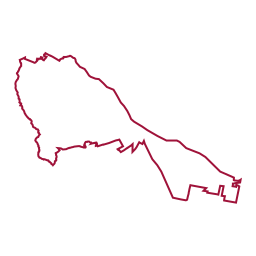 Bolotesti, Vrancea, Romania
{"feature_id": "2599482B57292828347042", "entity_name": "Bolotesti", "entity_type": "district", "adm_level": 2, "iso_a3": "ROU", "parent_name": "Romania", "parent_adm1": "Vrancea", "projection": "equal_earth", "projection_center": [27.03, 45.838], "detail": "fine", "context": "isolated", "style": "outline", "palette": "rose", "viewbox_px": 256, "rotation_deg": 0, "n_neighbors": 0, "source": "geoboundaries", "source_scale": "gbopen_adm2", "svg_char_len": 5412}
<svg xmlns="http://www.w3.org/2000/svg" viewBox="0 0 256 256"><path d="M236.0,202.6L239.3,186.4L238.5,185.9L237.5,185.3L236.3,184.9L236.1,186.8L235.8,186.7L232.6,186.2L233.0,184.1L232.9,183.9L232.9,183.6L233.0,183.6L233.3,183.7L235.4,183.1L237.4,182.9L240.1,182.5L240.6,179.7L239.5,180.4L238.1,180.8L236.6,180.7L236.2,180.6L234.8,180.5L234.1,180.3L233.8,180.1L233.9,177.6L220.2,171.6L205.4,157.0L199.5,153.3L193.3,150.9L186.2,148.1L179.6,141.9L176.8,140.5L166.4,140.5L157.5,136.0L147.3,130.1L142.1,126.5L134.1,121.7L131.1,119.1L129.5,115.3L127.3,111.0L124.0,106.0L120.8,102.5L117.8,97.0L115.4,92.8L113.5,89.7L106.9,87.0L103.4,83.3L98.9,79.1L95.5,78.7L90.7,76.8L89.0,75.5L86.9,72.2L84.6,69.0L79.9,66.8L78.4,65.0L76.4,62.8L75.7,61.3L75.5,59.6L75.0,58.7L74.5,58.1L73.3,57.9L71.5,56.5L70.5,55.9L69.9,55.8L69.2,56.2L67.8,56.5L66.5,56.9L64.9,57.0L63.8,56.9L63.6,57.0L63.4,57.7L63.2,57.8L63.3,58.3L63.1,58.5L61.6,58.6L60.0,59.5L59.8,59.8L59.8,60.3L59.4,60.8L52.7,56.8L50.6,55.7L50.5,55.8L48.4,54.8L45.9,53.4L45.9,53.7L45.7,53.7L45.2,53.6L45.0,54.1L44.6,54.3L44.3,54.4L44.0,54.8L44.1,55.5L44.1,55.9L44.2,56.1L44.9,56.2L45.0,56.4L45.7,56.4L46.0,56.6L46.5,56.8L45.7,57.9L45.7,58.1L44.5,59.3L44.2,59.7L44.1,60.0L43.9,60.3L43.4,60.2L42.4,59.3L42.2,59.2L41.9,59.0L41.9,58.7L42.4,58.0L42.4,57.7L41.8,57.3L40.9,57.1L40.4,58.4L40.3,58.8L38.2,58.7L38.0,58.9L38.1,59.2L37.9,59.2L37.5,59.1L37.1,58.8L36.9,59.2L36.9,59.4L37.0,59.4L37.5,59.9L37.5,60.2L37.4,60.4L37.3,60.5L37.1,60.9L36.8,61.1L36.2,61.6L35.6,62.4L35.0,62.7L34.4,62.8L33.5,62.3L24.9,58.9L25.0,57.5L22.6,58.7L19.8,59.9L20.0,60.5L20.0,61.1L20.2,61.9L20.7,63.0L21.0,63.1L21.0,63.5L21.2,63.8L21.1,65.5L21.2,65.9L20.8,66.3L20.1,67.4L19.3,68.5L19.3,69.0L19.1,69.5L18.7,70.5L18.5,71.0L18.0,71.4L17.9,72.0L17.6,72.4L17.4,72.7L17.0,73.0L16.9,73.5L18.4,75.8L18.6,76.4L17.9,78.7L17.6,79.4L17.0,79.9L15.7,82.1L15.4,83.6L15.4,84.1L15.6,85.0L15.7,85.8L15.7,86.4L15.5,87.7L15.6,88.4L16.3,90.3L17.7,92.5L17.3,94.0L17.4,94.4L17.9,95.2L18.3,95.9L18.7,97.0L18.6,98.6L19.3,99.0L19.3,99.4L19.6,99.6L19.5,100.7L19.7,101.5L19.7,102.1L19.7,102.3L19.5,102.5L20.0,103.0L21.1,103.4L21.2,103.5L21.2,103.9L21.1,104.1L20.6,104.8L20.3,105.4L21.2,105.6L21.5,105.6L21.9,106.0L22.1,106.4L22.3,107.3L22.3,107.5L22.1,108.0L22.3,108.3L22.3,108.8L22.5,109.1L23.5,110.1L24.1,111.2L24.6,112.9L24.8,113.4L25.2,113.8L25.4,114.5L26.3,115.6L26.6,116.1L27.0,116.7L28.1,117.7L28.3,118.2L28.7,118.5L29.6,118.9L29.5,119.1L29.8,119.5L30.5,119.7L31.1,120.2L31.5,120.8L31.7,121.3L31.6,122.1L31.2,123.1L31.3,123.4L31.9,123.9L32.5,124.6L33.1,126.9L33.4,127.1L34.2,127.5L34.8,127.7L35.5,128.1L36.2,129.1L36.5,129.2L37.1,129.3L37.8,129.4L38.6,130.8L38.5,131.1L38.3,131.3L38.2,131.6L38.2,132.1L38.3,132.7L38.6,133.0L39.1,133.1L39.2,133.4L39.3,133.8L39.4,134.1L39.7,134.4L39.8,134.5L39.1,135.1L38.8,135.5L38.4,136.7L38.2,137.0L37.7,137.1L36.8,137.6L35.6,139.2L35.5,139.9L35.3,140.4L35.6,141.0L36.3,142.0L36.7,142.2L37.1,142.7L37.4,143.3L37.6,143.6L37.7,144.0L37.7,144.4L37.8,144.6L38.2,145.1L38.5,145.7L38.3,146.3L38.3,146.5L39.1,147.5L38.9,147.9L39.1,149.0L39.3,149.3L39.2,149.5L39.1,150.3L39.4,150.7L39.2,151.3L39.1,151.6L39.0,151.9L38.9,152.0L38.7,151.8L38.5,152.0L38.3,152.6L38.4,153.4L38.2,154.0L38.2,154.4L38.4,155.2L38.3,155.8L38.5,156.3L38.7,156.7L39.3,157.2L39.4,157.6L39.6,157.7L40.1,157.9L40.5,157.9L41.9,158.9L42.9,159.0L43.1,159.1L43.5,159.5L44.0,159.2L44.6,159.3L44.9,159.5L45.6,159.6L46.5,160.1L46.9,160.1L47.4,160.3L48.2,160.3L48.6,160.7L48.7,161.0L48.7,161.4L49.1,161.7L49.7,161.8L49.9,162.2L50.3,162.4L50.6,162.8L51.0,163.0L51.3,163.3L51.4,163.6L51.4,164.0L51.6,164.2L52.2,164.4L52.6,164.8L52.9,164.9L53.0,165.1L53.5,164.5L54.1,164.0L54.6,163.3L54.8,162.4L54.9,161.2L55.0,161.1L56.0,160.7L56.3,160.2L56.3,159.7L56.1,159.4L56.0,159.0L56.2,158.3L56.2,158.0L56.5,157.6L56.6,156.3L56.4,155.7L56.2,155.4L56.0,154.9L56.0,154.7L56.1,154.2L56.1,153.9L56.0,153.6L55.7,153.3L55.7,153.1L56.8,152.6L58.4,151.5L59.6,150.3L58.6,148.8L57.9,148.1L60.1,148.3L60.8,148.4L61.4,148.6L62.8,149.5L66.1,149.2L68.0,148.3L69.1,147.9L69.2,148.0L69.6,147.8L70.1,147.8L71.6,147.3L72.8,147.1L74.3,146.6L78.6,146.1L79.8,146.1L80.2,146.5L80.5,146.6L81.7,146.9L83.2,147.3L84.7,146.9L84.7,147.2L84.6,147.5L85.5,147.5L85.6,147.4L85.6,147.2L85.6,146.5L85.4,146.3L85.3,146.1L85.1,146.1L84.6,146.3L84.3,145.8L84.1,145.2L84.8,144.9L84.8,143.9L84.7,143.6L85.0,143.0L85.5,142.2L85.8,141.9L86.1,141.8L86.8,141.9L87.2,141.9L87.3,141.7L88.0,141.5L88.9,141.6L89.2,141.6L90.4,142.7L90.6,142.8L91.3,142.6L91.7,143.2L91.8,143.3L91.5,143.6L93.4,143.1L94.4,142.9L94.4,143.0L95.5,142.7L95.5,142.9L96.5,142.7L96.8,143.3L96.5,143.5L96.8,144.0L96.2,144.2L96.1,145.2L95.8,145.6L95.8,145.9L97.1,145.5L97.7,146.3L103.1,144.5L103.3,144.7L109.1,143.0L115.1,140.7L116.3,140.3L117.6,140.1L119.3,139.6L123.0,146.3L117.6,149.2L118.3,150.0L118.8,150.2L119.2,150.1L119.9,151.0L120.8,152.1L123.8,150.4L127.3,147.9L127.4,148.0L130.1,146.1L130.5,146.0L132.6,144.1L132.5,151.9L135.2,149.1L136.6,147.1L139.2,142.3L139.4,142.5L142.4,144.0L143.9,140.9L144.8,143.8L152.3,159.2L157.3,165.2L161.3,171.6L172.9,197.7L180.8,199.4L185.9,200.3L187.1,199.7L188.0,195.9L188.6,193.8L188.8,192.1L189.1,191.0L189.4,189.2L190.4,185.2L198.0,186.6L206.2,188.1L203.5,190.8L207.6,191.4L207.3,192.7L214.0,193.8L216.6,194.2L218.3,194.6L220.2,185.8L223.6,186.2L221.7,195.8L224.9,196.2L224.4,198.2L224.2,199.7L224.1,200.3L224.1,200.5L236.0,202.6Z" fill="none" stroke="#9f1239" stroke-width="2"/></svg>